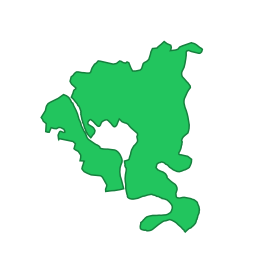 Banha, Al Qalyubiyah, Egypt, rotated 282°
{"feature_id": "37247803B8473784659060", "entity_name": "Banha", "entity_type": "district", "adm_level": 2, "iso_a3": "EGY", "parent_name": "Egypt", "parent_adm1": "Al Qalyubiyah", "projection": "mercator", "projection_center": [31.169, 30.453], "detail": "fine", "context": "isolated", "style": "filled", "palette": "green", "viewbox_px": 256, "rotation_deg": 282, "n_neighbors": 0, "source": "geoboundaries", "source_scale": "gbopen_adm2", "svg_char_len": 5808}
<svg xmlns="http://www.w3.org/2000/svg" viewBox="0 0 256 256"><g transform="rotate(282 128 128)"><path d="M94.9,131.4L93.2,132.0L92.0,132.6L90.4,132.8L89.2,133.6L88.2,134.6L87.6,134.8L85.8,135.1L81.8,135.2L77.9,135.7L74.7,136.6L72.5,137.5L70.5,137.9L68.4,138.4L65.3,139.7L62.7,140.9L61.7,141.6L60.8,141.7L60.1,142.3L59.5,143.6L59.3,144.4L59.3,146.5L59.7,148.3L61.3,152.2L64.3,156.6L64.9,158.3L66.6,161.2L67.9,164.4L68.1,165.4L67.7,166.5L67.8,167.7L67.7,168.7L67.1,170.5L67.3,171.4L67.3,172.2L66.7,174.0L66.5,175.6L66.1,175.9L66.2,177.1L66.2,178.6L65.8,181.1L64.8,183.0L63.6,184.8L62.0,186.6L60.9,187.4L59.7,187.8L58.5,188.0L57.4,187.9L55.4,187.6L54.4,187.2L53.6,186.6L51.8,184.7L50.9,183.1L50.2,180.6L49.5,178.6L49.2,176.6L48.5,174.4L47.6,170.3L46.3,167.3L45.0,164.9L43.3,163.5L42.1,162.9L41.2,162.2L39.6,161.5L38.2,160.2L37.1,160.4L34.5,160.4L33.3,160.7L32.2,161.1L31.7,162.0L31.5,162.9L31.4,165.1L31.8,166.6L31.5,167.3L31.4,168.0L31.9,169.8L32.5,171.2L33.2,172.3L34.1,173.2L40.0,178.0L43.7,181.5L44.6,182.7L45.2,184.4L47.1,187.7L47.0,189.5L46.8,190.6L46.3,192.1L46.3,192.4L46.1,192.9L45.2,195.1L43.9,197.1L41.9,200.8L40.6,202.4L40.0,203.8L39.0,204.5L38.2,205.6L40.7,207.3L42.5,208.7L43.1,209.8L43.9,210.7L44.9,211.2L45.9,212.1L47.6,213.1L49.1,213.8L50.1,214.0L52.4,214.1L53.3,214.5L54.2,214.4L55.3,214.6L56.6,214.5L59.4,215.1L60.3,215.1L61.1,214.9L62.7,214.9L65.8,213.7L68.3,211.9L69.5,211.3L70.1,210.6L71.2,208.3L71.6,207.3L71.6,205.9L72.0,204.0L71.9,197.6L71.5,196.0L70.3,193.4L70.1,192.7L70.0,190.9L70.3,190.0L71.0,189.4L74.0,188.4L77.9,188.8L79.5,188.4L80.4,187.9L81.6,187.0L82.6,185.9L84.1,182.4L85.1,180.4L86.9,177.4L87.8,176.3L88.9,176.2L91.0,174.2L92.2,171.5L92.5,169.1L93.3,165.8L95.1,163.6L96.6,163.8L97.9,163.7L98.8,163.9L100.4,165.3L101.0,166.8L101.9,168.0L101.5,170.8L100.5,172.3L100.1,174.3L98.3,176.8L97.4,179.1L96.5,181.0L95.7,185.0L95.9,187.2L97.1,189.5L98.4,191.3L99.1,192.7L101.1,195.1L102.2,196.1L104.1,196.6L106.2,197.0L107.9,197.1L110.6,196.7L112.7,192.3L112.8,185.4L112.6,184.5L112.9,183.3L114.3,182.8L115.9,183.4L118.4,183.9L119.8,184.0L121.7,183.9L122.9,184.1L124.3,183.9L125.7,183.9L126.9,183.0L128.7,183.2L129.8,183.5L130.9,184.0L132.5,185.1L135.6,187.6L137.7,187.8L140.3,187.8L143.8,187.2L151.2,184.3L153.6,183.2L157.0,181.4L160.1,179.4L164.0,177.6L166.2,177.1L168.2,177.0L175.6,178.6L178.4,179.6L180.4,180.6L182.0,180.1L184.8,177.0L185.2,176.2L187.5,173.2L189.2,170.8L190.0,170.1L190.9,169.6L192.1,169.2L193.4,169.0L194.6,169.1L199.0,170.2L203.1,170.3L207.7,170.1L211.3,169.8L214.4,169.1L215.8,169.7L216.5,171.3L216.0,174.1L215.8,181.3L215.9,182.3L216.4,183.2L217.9,184.2L220.3,184.4L221.0,183.6L221.7,181.4L223.5,177.9L224.2,175.9L224.4,174.6L224.4,173.4L224.6,172.3L219.7,164.2L217.9,161.7L215.4,160.4L214.1,158.2L212.5,153.4L213.2,153.6L215.9,153.6L217.8,152.6L218.6,148.6L220.1,145.4L216.8,143.1L213.7,140.6L212.2,139.7L210.8,135.4L207.1,134.6L204.7,134.6L199.4,134.1L196.9,132.3L195.4,130.4L194.2,129.5L188.9,129.0L187.2,127.9L185.3,123.6L184.7,120.6L187.2,118.4L192.0,115.2L192.4,113.3L190.9,112.1L191.0,109.5L191.8,107.4L191.8,105.9L188.7,103.3L187.4,100.3L187.6,87.2L187.4,84.9L184.9,83.5L183.4,82.0L179.6,80.5L177.3,80.1L175.1,79.9L173.8,79.1L173.2,76.7L172.9,73.3L172.6,71.5L172.5,67.9L172.2,66.2L171.3,65.1L169.8,64.1L168.0,63.3L166.2,61.8L161.7,61.6L160.4,62.6L159.1,63.9L156.4,68.6L155.4,68.7L154.0,67.4L153.1,67.1L150.0,66.9L148.6,66.5L147.1,66.4L146.4,66.1L144.6,69.0L143.7,69.9L141.1,73.3L140.0,74.0L139.5,74.6L139.2,75.3L138.2,76.2L134.3,78.6L133.4,78.6L132.2,79.0L131.3,79.1L130.6,79.6L129.5,80.0L128.1,80.7L127.1,81.0L125.0,82.3L124.2,82.4L122.6,83.7L119.1,85.5L117.9,86.5L115.9,87.7L114.6,89.0L113.5,89.9L111.8,92.1L111.5,92.7L111.0,93.1L110.7,93.5L110.9,93.8L113.6,94.9L115.3,95.9L116.3,96.2L118.4,96.3L119.1,95.9L120.9,94.3L121.7,92.8L123.0,89.0L123.3,88.4L123.7,88.0L124.5,87.7L125.3,87.6L126.4,87.9L128.1,88.9L128.5,89.8L127.3,92.3L126.1,94.1L125.1,95.3L124.6,96.3L123.9,97.3L123.6,98.0L123.5,98.7L123.6,99.1L123.8,99.6L124.2,99.9L125.5,100.5L126.2,100.4L128.4,101.1L129.0,101.5L130.7,103.4L131.4,104.8L131.6,105.9L131.1,107.1L130.2,108.5L128.9,110.5L127.8,111.7L126.5,113.5L126.4,114.5L126.6,115.0L126.9,115.4L128.1,116.2L129.2,116.5L132.4,117.0L134.4,117.5L135.0,117.6L134.2,119.1L133.4,120.0L132.9,120.9L132.4,123.6L132.3,125.5L131.5,127.6L130.5,128.6L128.8,130.9L124.7,138.3L124.0,138.6L122.5,138.9L122.2,138.6L121.3,138.5L118.4,139.8L117.0,140.1L115.9,139.8L114.5,139.2L112.4,138.0L111.6,137.4L107.4,136.1L104.8,135.9L102.9,136.0L99.8,135.6L98.4,135.6L97.6,135.5L96.5,134.4L94.9,131.4ZM67.7,136.4L75.8,132.4L79.4,130.4L83.3,129.1L87.4,128.5L90.2,128.7L93.3,129.2L94.9,129.0L96.0,128.6L97.3,127.9L99.8,126.1L100.8,125.2L101.9,123.9L102.7,122.7L103.4,121.1L103.7,119.6L103.1,112.5L102.7,110.6L102.4,108.7L102.3,106.8L102.4,105.4L102.9,104.6L103.8,104.2L104.3,103.2L104.9,101.7L105.2,100.0L106.0,97.9L108.4,92.2L109.0,91.1L110.2,89.8L113.6,87.7L114.7,86.7L115.8,85.5L120.5,81.9L122.2,81.1L123.8,80.2L126.4,78.2L131.2,75.7L134.3,73.6L138.4,70.3L140.8,68.8L141.0,68.1L141.3,67.5L142.8,66.4L144.0,65.4L145.1,64.2L145.9,63.0L146.7,61.1L147.3,58.0L142.5,53.6L137.0,46.6L135.3,44.8L132.9,43.8L131.5,43.6L127.8,43.6L120.2,40.9L118.7,42.6L117.1,43.7L115.3,47.1L107.4,48.3L107.2,50.0L107.5,51.8L112.4,52.8L112.1,55.6L112.4,58.1L114.2,60.2L114.4,62.3L113.6,64.9L113.6,65.4L111.8,66.9L110.6,67.0L110.2,65.3L110.7,63.9L110.7,62.4L109.9,61.8L106.5,61.1L102.7,62.4L102.3,62.7L102.7,62.8L103.3,63.2L103.4,77.0L101.7,79.8L96.5,79.5L95.7,81.1L94.8,84.2L92.2,86.9L91.6,87.4L89.2,87.9L86.0,87.9L86.4,90.8L86.4,92.1L84.7,91.7L83.6,91.8L80.8,91.4L78.6,91.4L78.0,91.9L76.2,94.2L75.3,97.4L74.5,101.7L75.6,111.2L74.6,113.2L67.9,119.1L66.2,119.2L63.5,118.8L61.3,119.4L63.2,124.8L64.0,127.8L66.1,133.1L67.7,136.4Z" fill="#22c55e" stroke="#15803d" stroke-width="1.5"/></g></svg>